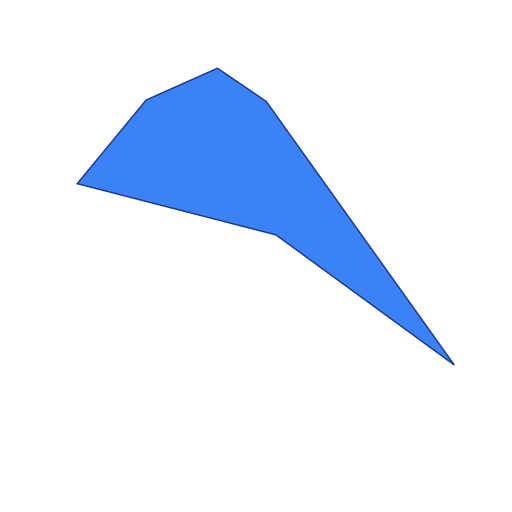 the border of Sandy Ground, rotated 242°
{"feature_id": "AIA-5120", "entity_name": "Sandy Ground", "entity_type": "District", "adm_level": 1, "iso_a3": "AIA", "parent_name": "Anguilla", "parent_adm1": "", "projection": "mercator", "projection_center": [-63.084, 18.219], "detail": "fine", "context": "isolated", "style": "filled", "palette": "blue", "viewbox_px": 512, "rotation_deg": 242, "n_neighbors": 0, "source": "natural_earth", "source_scale": "10m", "svg_char_len": 253}
<svg xmlns="http://www.w3.org/2000/svg" viewBox="0 0 512 512"><g transform="rotate(242 256 256)"><path d="M66.7,379.9L265.3,283.5L403.8,132.1L445.3,232.3L439.9,310.1L387.6,337.6L66.7,379.9Z" fill="#3b82f6" stroke="#1e3a8a" stroke-width="1.5"/></g></svg>